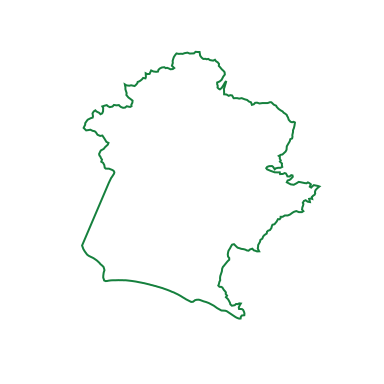 Guaraqueçaba, Paraná, Brazil (Albers equal-area conic projection), rotated 70°
{"feature_id": "56859067B83930730788661", "entity_name": "Guaraqueçaba", "entity_type": "district", "adm_level": 2, "iso_a3": "BRA", "parent_name": "Brazil", "parent_adm1": "Paraná", "projection": "albers", "projection_center": [-48.356, -25.235], "detail": "fine", "context": "isolated", "style": "outline", "palette": "green", "viewbox_px": 384, "rotation_deg": 70, "n_neighbors": 0, "source": "geoboundaries", "source_scale": "gbopen_adm2", "svg_char_len": 5717}
<svg xmlns="http://www.w3.org/2000/svg" viewBox="0 0 384 384"><g transform="rotate(70 192 192)"><path d="M99.5,121.8L100.3,123.5L101.9,125.3L103.0,126.7L104.4,128.6L105.1,130.7L104.1,131.6L102.6,132.3L101.0,131.5L99.4,131.5L97.7,130.9L97.6,128.3L96.7,125.8L94.2,123.1L92.9,121.0L90.6,120.4L89.1,120.9L87.0,122.0L84.2,123.0L82.7,123.7L80.9,122.8L78.9,123.5L77.4,124.7L75.6,125.2L75.8,127.2L74.2,130.0L72.5,131.2L72.3,132.8L71.5,133.7L70.8,135.9L69.0,137.0L66.6,137.7L63.0,137.0L62.2,139.2L61.5,140.7L62.4,142.8L61.1,146.8L59.5,148.6L59.0,151.5L59.0,153.6L58.3,155.1L57.7,157.2L56.5,159.2L57.7,161.2L59.1,163.0L61.0,164.5L62.3,165.4L64.2,165.9L66.5,167.7L69.4,166.3L69.9,168.0L69.3,170.3L68.2,171.3L66.8,172.9L66.6,174.4L65.3,175.3L64.7,177.7L64.9,179.8L65.6,181.6L67.2,182.8L66.8,184.6L65.5,187.1L63.8,188.8L66.5,191.5L65.9,193.7L64.6,194.9L68.2,196.0L69.3,196.9L68.1,198.9L68.9,200.2L69.5,201.7L70.0,203.6L70.0,205.4L71.1,206.2L72.0,207.7L72.8,209.7L70.9,212.7L70.7,214.5L69.4,217.1L67.9,218.3L71.0,218.8L72.5,219.4L73.9,219.5L76.7,219.6L78.4,220.5L81.5,219.4L83.4,218.1L85.8,216.6L87.7,217.5L89.3,219.2L90.7,219.5L90.9,221.0L90.2,222.3L89.1,224.0L89.8,226.0L89.3,228.0L87.8,229.7L86.5,230.5L85.3,231.0L84.8,233.2L83.5,235.6L84.5,237.5L84.1,240.3L82.4,241.8L81.2,242.4L81.0,244.4L80.9,247.0L82.6,246.7L83.8,247.2L85.8,248.0L87.4,249.5L87.6,251.4L85.9,252.1L83.6,254.3L82.2,254.9L82.7,256.8L84.1,258.6L85.7,258.9L86.9,259.1L88.1,259.9L88.0,261.9L88.4,265.3L89.3,266.7L90.8,268.8L92.3,269.4L93.4,270.6L94.7,271.9L97.9,270.4L98.4,268.1L98.7,266.2L100.5,264.5L101.6,262.7L103.0,261.9L105.9,261.2L107.9,259.1L108.3,256.9L112.0,256.0L115.6,255.3L117.3,253.7L118.7,254.9L119.4,256.6L120.2,258.5L121.3,260.2L121.8,263.5L122.8,264.6L124.5,266.3L126.1,266.5L127.3,266.0L128.8,266.0L130.8,265.5L132.5,266.9L134.1,265.6L136.6,265.2L139.3,265.7L140.5,265.1L141.7,262.0L144.1,259.3L145.3,258.4L146.9,258.2L148.1,259.0L150.4,262.0L151.1,263.1L154.8,266.9L204.7,313.6L208.5,313.6L211.1,313.1L214.9,312.0L216.6,310.9L218.4,309.2L219.7,307.9L220.6,307.1L222.0,306.1L223.7,304.9L225.2,304.1L227.0,303.2L228.5,302.7L230.0,301.8L232.0,300.8L233.5,300.8L235.5,301.0L237.6,302.6L240.3,304.0L242.1,304.7L243.8,304.7L245.1,304.8L246.2,303.6L246.6,302.1L246.8,300.7L247.1,299.3L247.4,298.0L248.1,296.0L249.0,293.4L249.6,291.5L250.1,290.2L250.9,288.1L251.7,286.0L252.2,284.6L253.2,282.6L254.1,280.8L254.9,279.2L255.7,277.7L256.9,275.5L258.3,273.2L259.9,270.5L260.6,269.4L261.4,268.0L262.5,266.4L263.3,265.2L264.2,263.8L265.2,262.5L266.2,260.9L267.2,259.6L268.0,258.3L269.2,256.8L270.3,255.2L271.3,253.9L272.3,252.5L273.2,251.5L274.4,250.0L276.0,248.1L277.6,246.3L279.0,244.9L280.0,243.6L281.4,242.3L283.2,240.5L284.8,239.1L286.1,238.0L287.9,236.6L289.6,235.2L290.8,234.3L292.4,232.8L293.9,231.4L295.0,230.4L295.5,228.6L294.7,226.1L294.9,224.3L295.5,222.5L296.3,221.3L298.8,218.4L300.2,216.4L302.1,214.2L306.3,210.4L309.7,208.1L313.4,204.9L314.9,201.4L315.8,200.2L324.5,193.8L325.9,192.5L327.1,191.0L327.5,189.6L326.0,188.8L325.1,187.5L325.7,185.0L324.2,184.3L322.7,184.1L320.3,184.3L319.1,185.1L318.0,187.8L316.4,187.5L314.7,185.8L313.5,184.3L312.8,185.7L313.0,187.4L312.3,188.9L313.0,190.6L312.5,193.4L310.7,194.4L309.2,194.2L307.5,194.4L305.1,194.8L302.4,196.1L301.4,194.5L299.3,195.2L297.9,194.5L296.5,194.9L295.1,195.5L293.4,195.9L292.2,196.1L291.2,196.9L290.5,198.6L288.9,199.3L288.0,198.4L285.8,197.0L284.6,195.7L282.5,195.1L280.7,194.2L276.8,191.1L274.4,189.9L273.0,188.6L272.3,187.3L271.2,185.5L269.3,182.3L268.4,180.2L266.8,179.6L265.0,180.2L262.8,179.7L260.7,178.5L259.6,177.7L257.9,175.5L256.4,173.9L255.2,172.4L255.4,170.4L258.6,168.9L259.9,168.2L261.3,166.3L262.3,165.1L263.4,163.0L264.4,161.6L265.7,160.4L266.5,158.9L265.8,157.1L265.9,154.7L267.9,153.9L269.1,152.3L270.1,151.2L270.7,149.2L269.2,149.4L267.5,149.5L266.0,148.6L264.5,148.0L263.2,146.5L262.1,145.2L260.4,144.1L259.9,141.9L258.1,140.3L257.3,138.8L256.9,137.4L256.6,136.0L255.0,135.1L254.4,133.8L254.4,131.7L252.9,129.6L251.7,128.9L250.3,127.6L250.5,125.5L248.7,122.5L246.9,120.5L247.6,119.0L246.8,117.7L245.6,117.2L246.3,115.3L245.8,112.8L246.8,110.1L246.7,107.7L245.8,104.6L245.5,102.9L245.6,100.5L247.5,98.4L248.5,95.6L248.1,93.9L246.1,94.6L244.1,93.5L243.0,92.5L241.4,91.4L240.1,91.6L238.7,89.9L238.6,88.0L240.6,86.7L241.8,84.6L240.3,84.4L238.5,84.3L238.8,82.4L239.6,81.4L237.7,81.1L236.9,79.4L236.5,77.7L235.4,76.7L234.1,76.5L232.6,75.4L231.4,73.2L230.4,70.4L229.4,71.6L227.2,75.2L227.8,76.9L228.6,78.5L227.3,79.5L225.4,77.7L223.8,78.7L222.6,79.8L223.0,81.3L222.2,83.0L220.0,86.5L219.0,88.3L219.6,91.0L220.0,93.9L218.6,96.6L215.3,99.6L213.9,98.2L214.0,96.2L213.5,94.6L212.2,92.1L210.8,91.9L210.1,93.0L210.8,95.0L210.0,97.0L208.3,97.1L206.8,97.4L205.9,98.4L206.1,100.5L205.3,103.1L203.5,102.8L203.0,104.5L201.8,107.5L199.1,110.8L196.4,113.7L195.0,114.1L194.1,112.7L194.1,110.7L195.0,107.9L196.1,107.2L199.0,106.5L198.4,105.2L198.7,102.9L199.5,100.7L199.3,98.6L197.2,98.3L196.0,97.7L193.5,99.0L192.7,97.8L190.6,98.1L189.0,97.4L187.8,98.1L187.4,95.7L187.7,94.2L186.0,90.2L184.6,88.7L181.5,87.3L179.4,84.8L178.2,83.3L177.3,82.4L176.0,81.6L175.9,79.6L174.5,78.7L172.9,78.3L170.1,76.5L168.6,76.0L166.8,74.4L164.7,73.0L161.9,71.5L160.8,72.5L160.7,74.1L159.7,75.4L157.2,76.4L154.8,76.3L153.3,76.6L152.0,76.6L150.3,77.6L148.8,78.8L147.3,79.3L145.7,80.7L143.4,82.3L141.0,83.3L139.7,83.4L138.0,85.2L136.8,85.8L134.9,86.7L134.3,87.9L134.3,90.4L132.5,95.5L131.9,98.3L130.3,100.3L129.8,102.2L130.7,103.9L130.6,105.9L127.9,105.9L126.4,107.6L124.4,108.7L122.9,110.8L120.8,113.2L120.4,115.7L119.2,117.5L118.1,120.8L115.0,121.3L114.1,122.9L114.2,124.6L112.2,126.2L111.2,128.4L107.4,127.1L106.1,126.8L104.9,125.8L99.5,121.8Z" fill="none" stroke="#15803d" stroke-width="2"/></g></svg>